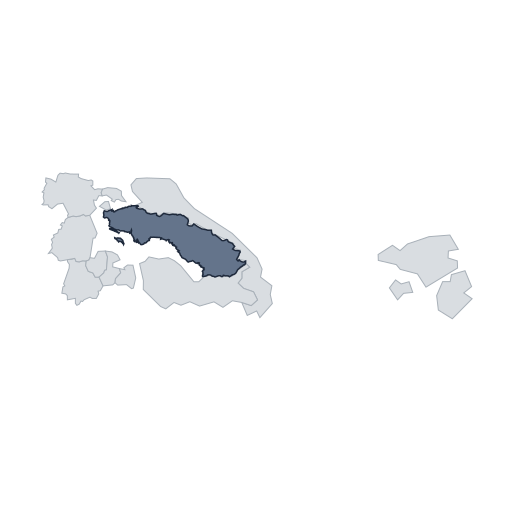 Sweden shown with its bordering countries, rotated 96°
{"feature_id": "SWE", "entity_name": "Sweden", "entity_type": "country or territory", "adm_level": 0, "iso_a3": "SWE", "parent_name": "Europe", "parent_adm1": "", "projection": "mercator", "projection_center": [17.555, 62.192], "detail": "fine", "context": "with_neighbors", "style": "filled", "palette": "slate", "viewbox_px": 512, "rotation_deg": 96, "n_neighbors": 9, "source": "natural_earth", "source_scale": "50m", "svg_char_len": 10375}
<svg xmlns="http://www.w3.org/2000/svg" viewBox="0 0 512 512"><g transform="rotate(96 256 256)"><path d="M237.9,64.8L239.8,55.3L246.9,54.3L269.2,83.7L256.9,93.6L254.2,111.2L249.9,115.6L247.6,133.9L241.7,134.7L231.1,121.4L235.6,113.3L228.2,106.6L218.7,86.0L214.9,65.4L228.2,55.5L230.9,65.2L237.9,64.8ZM316.0,258.5L303.7,265.3L305.8,255.6L299.5,249.9L291.9,254.7L289.5,264.9L284.8,271.0L279.6,267.7L273.2,268.4L267.8,261.1L264.8,264.8L261.8,265.3L261.1,274.2L251.8,272.1L250.6,279.4L245.9,279.4L237.7,302.3L230.1,318.9L231.9,322.8L230.2,327.2L225.4,327.0L222.2,337.4L222.5,351.4L225.6,356.6L224.0,368.4L217.8,380.6L214.5,374.7L204.8,385.6L198.3,387.8L191.5,383.1L189.8,372.8L188.2,349.7L192.7,342.9L205.7,333.8L215.3,322.3L236.0,282.0L257.7,254.8L268.4,248.6L276.5,249.3L283.9,237.1L292.8,237.8L301.6,234.8L316.9,245.7L310.6,249.6L316.0,258.5ZM297.9,54.2L290.7,69.0L276.5,72.2L262.0,67.7L261.2,60.2L254.1,59.7L248.8,46.6L263.9,38.4L271.0,45.5L275.9,36.6L297.9,54.2ZM284.8,110.6L273.8,120.0L265.2,114.7L268.6,108.7L265.6,101.1L275.8,96.3L277.7,105.3L284.8,110.6Z" fill="#d9dde1" stroke="#a8b0b8" stroke-width="1"/><path d="M301.7,405.0L306.8,407.2L307.5,409.4L310.1,408.4L314.9,410.4L315.3,414.5L314.3,416.8L317.4,422.3L319.4,423.8L319.1,425.3L322.4,426.8L323.8,429.0L321.9,430.7L317.0,431.2L319.3,439.0L315.1,439.5L313.6,441.3L313.3,445.2L306.9,444.8L305.7,443.0L303.8,444.4L287.7,440.6L283.9,440.7L281.3,442.9L278.9,443.2L278.8,439.7L277.3,436.0L280.3,434.3L280.3,431.1L278.9,428.0L278.7,424.3L283.4,424.4L288.8,421.2L289.9,416.5L293.9,413.7L293.4,409.9L301.7,405.0Z" fill="#d9dde1" stroke="#a8b0b8" stroke-width="1"/><path d="M278.7,424.3L278.9,428.0L280.3,431.1L280.3,434.3L277.3,436.0L281.4,450.0L280.9,452.2L278.4,453.1L274.0,459.4L275.2,462.7L269.5,459.4L266.0,460.5L263.7,459.7L260.8,461.3L258.3,458.7L256.3,459.7L253.8,455.5L250.2,455.0L249.7,452.6L246.3,451.8L245.6,453.8L243.0,452.2L243.3,450.1L239.6,449.4L237.3,446.9L235.3,441.9L235.7,439.1L234.4,434.9L232.7,432.0L234.0,429.8L232.9,425.6L250.0,416.4L254.9,417.9L255.3,419.9L275.0,420.9L277.5,421.8L278.7,424.3Z" fill="#d9dde1" stroke="#a8b0b8" stroke-width="1"/><path d="M293.4,409.9L293.9,413.7L289.9,416.5L288.8,421.2L283.4,424.4L278.7,424.3L277.5,421.8L275.0,420.9L275.2,416.4L267.9,413.5L266.8,406.3L272.4,403.6L285.4,403.3L286.1,405.1L288.7,405.6L293.4,409.9Z" fill="#d9dde1" stroke="#a8b0b8" stroke-width="1"/><path d="M297.3,393.4L299.7,395.5L301.7,405.0L293.4,409.9L288.7,405.6L286.1,405.1L285.4,403.3L272.4,403.6L266.8,406.3L267.0,399.6L269.4,393.9L274.0,390.8L277.9,397.6L281.8,397.4L282.8,390.5L286.9,388.8L293.3,393.4L297.3,393.4Z" fill="#d9dde1" stroke="#a8b0b8" stroke-width="1"/><path d="M300.7,374.6L301.5,376.3L298.0,381.8L299.4,390.5L297.3,393.4L293.3,393.4L286.9,388.8L282.8,390.5L283.3,385.0L281.5,386.2L278.4,382.8L278.0,377.4L290.4,373.3L300.7,374.6Z" fill="#d9dde1" stroke="#a8b0b8" stroke-width="1"/><path d="M232.9,425.6L234.0,429.8L232.7,432.0L234.4,434.9L235.7,439.1L235.3,441.9L237.3,446.9L235.1,447.7L233.8,446.8L223.7,453.4L225.1,458.8L230.3,463.9L228.6,467.3L226.8,468.2L227.5,473.0L227.1,474.2L225.6,472.7L223.2,472.5L219.7,473.8L215.4,473.5L214.7,475.4L212.2,473.4L210.7,473.8L205.5,471.6L204.5,473.1L200.3,473.1L201.0,467.9L203.4,462.8L196.4,461.4L194.1,459.5L194.3,456.2L193.4,454.4L193.9,449.2L193.1,441.0L196.0,441.0L197.3,438.0L198.5,430.6L197.6,427.9L198.5,426.1L202.6,425.7L203.5,427.5L206.9,423.4L205.7,420.3L205.5,415.5L209.2,416.6L212.3,415.3L212.4,418.6L217.4,420.6L217.3,423.5L222.3,422.0L225.1,419.7L232.9,425.6Z" fill="#d9dde1" stroke="#a8b0b8" stroke-width="1"/><path d="M212.3,415.3L209.2,416.6L205.5,415.5L203.5,410.7L203.4,401.8L205.6,396.7L209.9,396.1L215.6,391.0L215.4,395.7L214.0,398.6L214.5,401.1L217.2,402.5L216.0,405.8L214.5,404.9L211.0,411.1L212.3,415.3ZM224.3,405.6L225.9,409.9L223.0,416.9L217.8,412.0L217.2,408.4L224.3,405.6Z" fill="#d9dde1" stroke="#a8b0b8" stroke-width="1"/><path d="M303.7,265.3L303.0,274.8L310.5,283.5L306.0,293.0L311.7,306.9L308.4,317.0L312.8,325.5L310.8,332.7L318.0,340.2L316.2,345.6L301.1,364.6L292.3,365.4L275.7,371.0L272.9,365.7L268.1,362.4L269.2,352.4L266.8,343.0L269.2,336.7L273.6,329.8L288.1,315.1L287.6,310.2L280.8,304.5L279.1,299.8L279.0,280.4L264.8,264.8L267.8,261.1L273.2,268.4L279.6,267.7L284.8,271.0L289.5,264.9L291.9,254.7L299.5,249.9L305.8,255.6L303.7,265.3Z" fill="#d9dde1" stroke="#a8b0b8" stroke-width="1"/><path d="M219.5,378.8L219.9,380.0L220.3,380.2L220.8,379.9L221.1,379.0L221.5,376.4L221.0,373.9L221.0,373.5L221.7,372.5L222.2,370.9L222.5,370.6L223.3,370.4L223.9,369.9L224.9,368.5L225.0,367.2L225.0,366.5L225.2,366.1L225.4,365.1L225.2,364.2L224.7,362.7L224.1,360.7L224.0,359.6L224.8,359.2L225.9,359.1L226.0,359.0L226.3,357.8L226.6,357.4L226.7,356.7L226.8,356.0L226.2,355.1L225.4,354.1L224.9,353.8L223.3,352.3L223.9,347.6L224.0,346.4L223.1,343.1L223.2,341.7L223.0,339.6L223.6,338.7L223.2,337.8L222.5,335.6L223.6,333.4L223.4,332.3L224.0,331.4L225.8,328.5L226.4,327.8L227.3,327.2L228.4,326.9L228.9,327.0L232.1,327.6L232.3,327.3L233.0,325.8L233.0,324.9L232.9,323.4L232.7,322.6L230.6,321.2L232.9,317.0L234.0,314.4L234.4,313.3L234.7,312.9L235.0,308.8L235.2,307.7L235.4,307.1L235.4,306.5L235.0,303.1L237.4,302.6L239.0,301.6L239.6,300.9L239.3,298.7L239.9,297.9L241.5,295.2L243.3,292.6L244.1,291.7L244.2,290.4L243.9,289.2L242.7,287.0L243.0,286.0L244.3,285.4L245.0,284.4L245.9,280.9L247.8,279.2L248.6,278.2L251.5,280.0L252.5,277.8L252.7,276.9L252.6,275.4L252.6,273.4L252.7,272.6L253.7,272.1L255.6,273.0L257.0,273.1L261.0,274.8L261.5,274.9L262.8,273.3L261.5,272.4L262.4,271.5L262.8,270.6L263.2,269.5L263.4,268.3L263.3,267.6L262.2,265.9L264.7,265.7L266.0,266.5L266.2,267.5L267.5,268.5L267.8,269.1L268.6,269.9L268.8,270.4L269.6,270.9L271.4,272.7L272.4,273.2L273.2,273.4L275.3,274.4L275.6,274.7L276.8,276.2L277.2,277.8L277.9,277.9L278.1,278.4L278.7,279.3L279.5,280.2L279.4,280.4L278.8,281.2L278.7,282.2L278.8,283.5L279.0,284.6L279.0,284.9L278.6,285.8L278.6,286.5L279.6,286.8L279.9,287.0L280.1,288.2L280.1,288.4L279.6,289.0L279.4,289.4L279.4,290.0L279.5,290.7L279.7,291.5L280.9,293.9L281.2,294.7L280.9,295.1L280.7,296.0L280.7,297.0L280.6,297.6L280.1,298.5L279.8,298.8L279.7,299.2L279.6,300.0L279.8,301.6L279.9,302.0L280.0,302.3L280.8,302.8L281.5,304.7L282.0,307.0L280.7,307.2L279.7,306.7L279.2,307.0L278.4,307.0L277.4,307.2L277.1,307.6L276.8,307.8L275.9,307.2L275.1,306.2L274.5,306.9L274.1,307.1L273.7,306.4L273.4,306.3L273.2,306.5L273.1,307.1L272.9,307.6L272.8,307.9L272.8,309.1L272.7,309.4L271.9,309.3L271.9,309.6L272.1,309.7L272.2,310.0L271.9,310.2L271.1,310.2L271.0,310.5L271.2,310.9L271.0,311.3L270.9,311.5L269.9,311.7L269.3,311.7L269.2,311.9L269.1,312.2L269.2,312.6L269.5,312.7L269.6,312.9L269.5,313.4L269.3,313.5L268.7,312.7L268.7,313.1L269.0,313.6L269.2,314.0L269.4,314.6L269.4,315.0L268.6,316.3L267.5,317.8L267.2,318.6L267.9,319.6L268.5,321.7L269.1,322.6L268.8,323.5L267.8,324.4L266.6,325.8L265.4,329.3L265.0,329.7L263.9,330.3L263.5,330.9L262.7,331.5L261.2,332.1L260.6,332.9L260.3,333.7L260.0,333.8L259.2,333.2L259.2,334.1L258.5,333.6L258.2,334.1L257.9,335.0L256.9,336.2L255.9,336.0L256.0,336.3L256.1,336.5L255.6,336.6L255.1,336.8L254.8,336.8L254.5,338.1L253.6,338.4L253.4,338.8L254.3,338.9L254.1,339.9L253.1,340.4L252.9,340.8L252.7,341.0L252.2,341.0L252.3,340.5L251.6,340.5L251.4,340.0L251.4,340.6L251.8,341.7L251.6,342.2L251.4,342.4L251.5,342.6L251.9,342.8L252.1,343.0L251.6,343.3L251.1,344.1L250.5,344.1L250.1,344.6L249.8,344.6L249.5,344.3L249.0,344.0L248.8,344.5L248.8,344.9L249.1,345.8L249.6,346.6L250.1,346.9L249.7,347.1L249.5,347.6L248.8,350.7L249.0,352.0L249.3,352.6L248.6,352.6L247.9,352.2L248.0,352.9L247.6,353.7L247.8,354.9L247.7,355.7L247.9,356.0L248.0,356.4L247.8,356.8L247.9,357.1L248.0,359.8L248.0,360.1L248.3,361.5L248.2,362.6L248.7,363.2L249.7,363.2L249.9,363.3L250.2,364.3L250.6,364.2L251.2,363.8L251.7,363.7L251.9,364.5L252.7,365.5L253.1,366.0L253.8,366.2L254.6,367.1L254.5,368.0L254.8,368.4L255.7,368.8L256.4,370.1L256.7,371.2L256.6,371.9L255.4,372.9L254.7,373.8L253.8,374.5L253.5,374.6L253.2,375.0L252.9,375.2L252.7,375.1L251.7,375.8L251.8,376.0L252.5,376.2L252.9,376.0L253.2,375.7L253.5,375.6L253.8,375.7L254.4,375.3L254.6,375.4L254.9,376.1L254.3,376.4L253.9,376.4L253.7,377.5L253.3,378.1L252.4,378.6L251.8,379.2L251.0,379.6L250.7,379.5L250.3,380.0L249.2,380.5L248.7,381.3L247.5,381.9L246.9,382.5L245.2,382.5L243.6,382.4L243.1,382.6L243.6,382.7L244.0,382.9L244.4,382.8L245.9,383.1L246.6,384.0L246.1,384.3L245.3,384.5L245.9,386.6L245.5,387.1L245.5,389.3L245.0,389.4L244.8,390.3L245.0,390.8L244.9,391.8L245.0,392.5L245.3,393.1L245.2,393.8L244.4,395.3L244.4,396.0L244.6,396.4L244.7,397.0L244.1,399.4L243.8,400.3L243.1,401.3L242.8,402.1L242.1,404.6L241.7,405.1L241.2,405.4L240.7,405.1L240.3,404.9L239.7,404.9L238.8,405.2L237.4,405.0L236.1,405.1L235.8,405.4L236.0,406.2L235.5,406.4L235.0,406.1L234.3,406.7L233.6,407.5L233.4,408.0L233.3,408.9L233.7,409.7L234.0,410.6L233.2,411.8L232.7,411.8L231.4,411.5L229.0,412.2L226.9,411.6L227.1,411.0L227.1,410.6L227.3,409.2L227.3,408.7L227.1,408.2L226.6,407.6L225.4,405.3L225.1,404.4L224.8,404.0L225.0,404.0L226.0,404.5L226.4,404.2L226.1,403.5L225.9,403.1L225.7,402.6L226.3,402.5L226.7,402.5L227.0,402.0L226.8,401.1L226.0,400.7L225.3,399.2L224.6,398.5L223.3,395.6L222.8,393.6L222.3,393.8L222.0,392.1L221.9,391.5L221.2,391.2L221.1,388.8L220.3,388.5L219.8,387.5L219.7,385.4L219.2,385.0L218.8,385.1L218.9,384.6L219.0,384.1L218.7,382.2L218.6,380.5L218.5,379.9L218.3,379.3L218.4,378.8L218.6,378.4L219.1,378.4L219.5,378.8ZM257.1,390.1L256.7,390.3L256.5,390.9L255.9,391.3L255.7,393.3L256.3,394.1L256.0,394.2L255.7,394.4L255.5,394.7L255.3,395.5L254.5,395.9L254.2,396.2L253.8,396.9L253.5,397.9L253.1,398.3L252.6,398.4L252.9,397.6L253.3,396.9L252.9,396.5L252.7,395.8L252.4,395.2L252.6,394.6L252.5,393.6L252.5,392.6L253.3,391.7L253.9,390.8L254.5,390.1L255.4,389.8L255.8,390.1L256.0,389.5L256.3,389.3L256.6,389.5L257.1,390.1ZM244.7,404.0L244.4,404.4L244.2,404.4L244.1,403.8L244.0,402.3L244.1,401.5L245.2,398.8L245.7,398.5L246.3,396.8L246.5,396.1L246.8,395.4L247.0,394.8L247.1,394.5L247.6,394.8L247.2,395.1L247.2,395.8L246.4,397.8L246.2,399.1L245.9,399.4L244.7,404.0ZM257.5,389.3L257.4,389.8L257.2,389.8L257.0,389.4L257.4,388.7L258.1,388.8L258.4,388.9L257.5,389.3ZM254.8,374.7L254.7,375.0L254.5,374.6L254.7,374.2L254.9,373.9L255.3,374.1L254.8,374.7ZM253.9,378.9L253.6,379.0L253.8,378.3L254.3,378.2L253.9,378.9Z" fill="#64748b" stroke="#1e293b" stroke-width="1.5"/></g></svg>